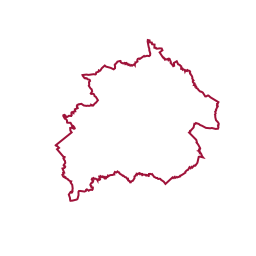 the district of Mueang Ratchaburi, Ratchaburi, Thailand, rotated 325°
{"feature_id": "78962969B80351946153843", "entity_name": "Mueang Ratchaburi", "entity_type": "district", "adm_level": 2, "iso_a3": "THA", "parent_name": "Thailand", "parent_adm1": "Ratchaburi", "projection": "equal_earth", "projection_center": [99.739, 13.545], "detail": "fine", "context": "isolated", "style": "outline", "palette": "rose", "viewbox_px": 256, "rotation_deg": 325, "n_neighbors": 0, "source": "geoboundaries", "source_scale": "gbopen_adm2", "svg_char_len": 5816}
<svg xmlns="http://www.w3.org/2000/svg" viewBox="0 0 256 256"><g transform="rotate(325 128 128)"><path d="M216.9,158.7L213.2,150.3L212.5,147.5L211.9,147.1L210.2,147.0L209.4,146.4L209.6,141.9L209.0,140.5L208.1,139.6L207.6,137.5L207.6,135.6L206.9,134.5L207.5,133.5L206.8,132.7L207.8,131.8L207.5,131.1L206.7,130.6L208.1,129.7L207.6,128.7L207.5,127.6L208.0,126.7L208.9,126.7L209.0,124.3L209.8,123.4L210.2,121.5L210.0,119.9L210.3,119.4L210.1,118.9L210.6,117.8L211.1,117.7L211.2,116.5L210.2,115.5L209.9,114.5L209.5,114.5L208.9,115.1L208.4,114.6L208.1,113.7L207.3,114.2L207.6,113.4L207.4,112.4L206.8,111.8L206.8,111.1L206.2,111.4L206.1,110.4L205.5,110.1L205.9,109.3L206.5,108.9L207.0,108.0L206.5,106.8L206.6,106.1L205.6,104.6L206.2,101.3L202.9,101.0L201.5,103.5L200.5,103.3L200.6,102.3L200.3,99.3L200.5,99.3L201.1,98.1L201.4,96.1L201.7,95.6L201.4,94.8L200.0,95.4L200.1,94.2L198.3,93.7L198.0,92.6L197.5,92.8L197.6,91.0L197.2,90.9L197.3,89.7L197.1,89.6L197.3,84.2L200.8,84.1L201.2,82.2L199.6,80.9L197.1,79.6L196.4,78.5L196.7,78.2L195.7,77.3L197.6,74.9L195.8,73.2L196.5,71.7L195.0,70.4L195.9,68.6L194.7,67.3L193.7,68.4L191.2,74.0L191.1,74.9L190.0,76.6L189.0,79.7L187.8,81.1L186.5,81.2L185.1,79.8L182.7,79.0L182.5,78.2L177.2,78.2L177.0,77.4L175.7,77.0L174.5,77.7L173.9,79.0L172.4,78.9L171.7,78.5L171.4,79.1L170.3,79.5L169.7,80.3L169.7,79.4L167.1,79.3L167.0,78.5L165.6,78.2L165.7,77.0L164.4,76.6L164.6,75.5L163.9,75.3L164.1,73.8L163.7,73.6L163.5,74.2L162.5,74.1L162.7,73.3L162.3,73.1L162.3,72.6L161.1,72.4L160.1,70.9L159.8,70.0L160.3,68.9L160.1,68.6L157.4,67.6L155.5,68.3L154.6,68.2L154.1,68.6L153.3,68.7L152.5,70.6L152.0,70.9L151.6,71.6L149.9,71.7L148.3,68.8L145.2,65.1L144.8,63.5L140.8,64.0L138.2,65.1L137.5,64.9L137.1,64.1L136.1,65.0L133.8,64.3L132.7,65.4L132.1,65.5L130.7,64.2L126.2,61.9L124.6,60.4L121.1,58.5L120.9,59.0L121.0,62.3L121.7,62.6L121.8,63.1L122.7,63.5L122.8,64.8L124.2,66.5L123.9,67.7L122.4,68.0L121.0,70.4L120.1,70.9L120.0,74.2L120.4,75.4L119.7,77.4L117.3,78.4L117.4,79.0L119.0,79.9L119.4,80.5L119.3,81.7L118.9,82.7L119.5,84.0L119.3,88.0L116.2,88.9L114.7,88.9L112.4,89.6L111.3,88.1L111.1,88.7L110.4,88.1L108.9,87.6L107.5,86.4L106.7,86.1L104.7,84.2L103.7,81.5L101.2,80.3L101.0,80.5L99.8,80.0L98.7,80.6L98.0,81.9L98.5,82.0L98.2,82.9L95.2,82.2L94.4,84.1L92.9,83.4L91.9,84.5L91.3,82.9L90.6,82.9L89.6,84.1L89.4,85.1L88.4,85.6L86.6,84.1L84.7,84.1L82.9,83.4L82.9,83.1L83.8,82.6L83.9,81.9L83.4,80.7L82.3,80.5L81.9,81.1L81.6,84.1L82.2,84.5L82.4,86.4L82.2,87.1L81.4,88.2L81.3,88.8L83.9,90.8L83.6,93.7L84.3,94.9L84.4,96.8L84.1,97.8L83.4,97.7L83.5,96.9L82.6,96.4L82.4,95.1L81.3,95.3L80.6,94.9L79.3,97.1L79.3,99.3L58.9,100.7L59.0,101.4L59.5,101.5L60.1,104.7L57.7,104.7L58.5,113.3L58.8,115.0L59.4,115.4L59.1,115.8L58.1,115.4L57.7,115.7L57.4,117.5L57.5,118.7L56.6,120.6L54.0,121.5L54.4,123.1L53.8,123.1L53.7,124.1L52.7,124.2L51.1,123.6L50.1,128.0L49.1,127.6L48.7,128.7L47.4,128.7L47.1,130.6L47.3,131.2L47.7,131.3L47.7,131.6L48.1,131.5L48.2,132.8L48.5,132.8L48.4,133.6L49.4,135.4L49.3,136.2L50.2,138.4L50.1,138.6L50.8,139.2L49.7,140.0L49.7,142.6L48.0,145.8L46.6,147.2L46.5,147.8L45.4,147.8L45.2,148.7L44.8,148.7L44.2,147.5L41.3,148.6L40.4,151.9L39.3,153.8L39.1,154.6L41.0,155.7L45.0,157.2L46.0,157.1L49.0,154.6L50.8,151.9L51.6,151.5L52.7,152.1L55.9,155.1L57.4,155.4L58.2,154.6L59.0,154.6L59.4,155.2L59.8,156.8L61.9,157.0L63.2,158.2L64.1,157.8L64.9,156.8L64.4,156.6L64.6,155.9L64.1,155.3L64.3,154.3L64.6,154.2L64.4,153.6L64.5,153.0L65.9,152.1L66.6,152.3L67.4,151.9L67.9,152.2L68.7,151.8L69.3,151.2L68.8,151.0L68.8,149.3L69.8,148.8L70.4,149.2L71.1,149.2L71.2,150.3L72.4,150.9L73.1,152.5L73.0,153.4L73.3,153.0L73.8,152.9L74.1,153.3L74.5,153.0L75.0,153.3L75.1,154.1L75.6,154.1L76.6,151.3L77.2,151.7L77.6,152.4L78.0,151.9L78.4,152.8L79.2,153.0L79.1,153.6L79.9,153.8L79.9,154.7L80.3,154.7L79.9,155.8L80.1,156.2L81.5,155.6L81.6,156.2L82.2,155.7L83.0,156.4L84.3,155.5L84.6,156.3L86.4,156.4L88.6,157.7L89.5,157.8L90.1,158.2L90.6,157.3L92.1,156.5L92.8,157.7L94.5,157.6L94.7,158.8L95.3,159.4L95.0,160.3L95.4,161.7L95.9,162.4L96.3,164.2L96.9,164.4L97.3,166.4L98.2,167.5L98.1,169.0L98.9,169.5L98.1,170.8L98.2,171.5L98.8,172.0L98.6,173.8L99.1,174.1L100.0,173.6L101.7,174.0L104.6,172.8L105.5,171.4L106.8,171.5L107.5,170.9L108.3,171.0L108.9,170.4L109.2,170.7L109.1,171.2L109.5,171.0L110.1,171.5L111.0,171.4L111.2,172.4L111.8,172.0L112.3,173.1L113.0,173.6L112.6,174.0L112.6,174.8L113.8,174.9L115.2,176.1L115.5,177.2L116.1,176.9L116.9,177.8L117.2,179.0L117.6,179.1L117.7,178.3L118.4,178.2L118.8,177.7L119.9,178.3L120.8,179.6L121.3,179.6L121.4,183.3L122.0,184.0L122.4,185.1L123.3,185.7L123.3,186.6L123.7,187.2L124.7,187.6L125.3,188.2L125.3,189.3L126.5,192.4L126.6,195.3L136.1,194.0L136.2,194.9L138.2,194.8L138.0,195.9L139.9,196.1L140.0,196.7L142.7,197.5L142.8,197.1L143.4,197.0L143.5,197.2L145.9,197.4L149.4,197.5L149.8,196.8L151.8,196.4L153.2,196.7L155.9,195.4L156.2,196.9L157.7,196.3L157.9,197.3L160.1,196.7L160.2,197.0L161.7,197.0L161.8,197.4L164.9,196.3L169.4,192.2L170.5,192.7L172.6,195.1L172.5,193.7L173.1,191.1L173.0,190.3L172.7,190.1L173.1,189.9L173.2,189.5L173.1,188.7L172.7,188.5L173.0,187.7L172.7,187.2L173.2,187.3L173.1,186.9L174.1,186.3L174.2,186.8L174.6,186.6L174.9,186.5L174.9,186.0L175.5,185.9L176.0,181.5L175.8,179.3L176.3,179.2L177.1,176.9L175.4,166.8L176.5,166.8L176.4,166.5L177.2,165.9L177.9,166.1L182.0,165.2L184.8,162.6L185.7,163.3L186.5,162.9L188.3,165.3L188.8,167.0L189.8,168.4L191.9,172.6L195.2,175.4L196.7,176.1L199.2,179.0L201.3,180.2L202.4,179.4L202.6,178.5L203.1,178.2L203.2,177.7L203.5,177.8L203.7,177.2L204.3,177.1L204.8,176.5L205.0,175.1L204.6,172.0L205.8,169.0L206.7,167.8L206.9,166.9L208.2,166.3L208.8,164.6L209.8,164.4L210.5,163.9L210.5,163.5L213.2,162.0L213.4,161.4L213.8,161.6L213.9,160.7L214.4,160.6L214.3,160.1L214.6,159.6L214.8,159.8L216.9,158.7Z" fill="none" stroke="#9f1239" stroke-width="2"/></g></svg>